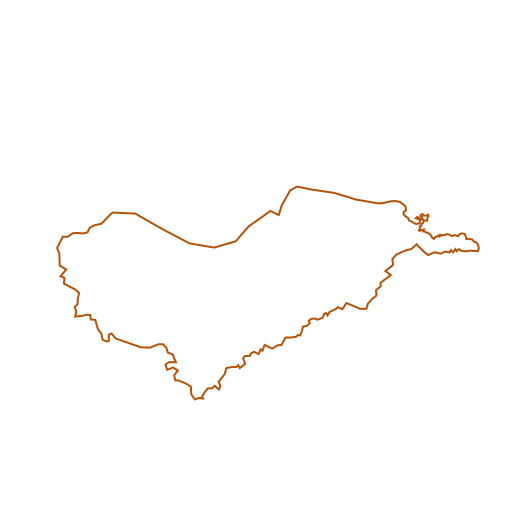 Foya, Lofa, Liberia, rotated 230°
{"feature_id": "62588387B94896309973685", "entity_name": "Foya", "entity_type": "district", "adm_level": 2, "iso_a3": "LBR", "parent_name": "Liberia", "parent_adm1": "Lofa", "projection": "orthographic", "projection_center": [-10.242, 8.34], "detail": "fine", "context": "isolated", "style": "outline", "palette": "amber", "viewbox_px": 512, "rotation_deg": 230, "n_neighbors": 0, "source": "geoboundaries", "source_scale": "gbopen_adm2", "svg_char_len": 3737}
<svg xmlns="http://www.w3.org/2000/svg" viewBox="0 0 512 512"><g transform="rotate(230 256 256)"><path d="M117.0,429.1L118.8,431.8L122.2,433.4L125.1,433.4L126.9,432.2L129.9,432.2L131.4,430.7L132.6,429.7L133.7,428.0L136.6,429.4L138.6,430.1L140.9,428.4L141.9,426.0L141.8,425.8L141.3,423.5L143.3,422.3L144.2,421.7L145.3,418.9L148.0,417.9L150.1,416.3L150.7,413.8L152.1,412.6L152.5,410.8L153.8,410.7L153.1,409.1L154.6,408.8L154.3,407.6L155.3,405.7L154.7,403.2L156.2,402.9L157.0,402.8L160.5,403.3L163.5,402.6L164.4,401.5L166.3,401.0L167.3,400.0L168.3,401.6L169.5,399.4L170.1,397.4L170.9,397.3L172.1,400.0L173.5,400.6L173.0,402.3L174.4,403.5L174.0,405.0L175.0,407.1L174.3,408.7L173.1,409.6L175.0,412.1L176.0,414.0L176.9,414.4L177.0,414.0L177.6,412.3L179.5,410.0L181.0,410.6L181.7,408.4L180.9,407.6L178.4,407.9L176.8,407.5L177.9,405.6L180.2,405.4L182.2,404.7L182.2,402.8L178.9,404.6L177.7,404.5L176.0,402.0L177.6,399.2L180.5,397.9L181.9,397.5L184.4,396.3L185.0,396.0L187.0,396.9L191.2,395.9L193.2,395.9L194.9,397.5L194.4,400.0L196.7,401.7L197.3,402.0L198.3,402.4L200.8,402.0L204.9,400.9L208.0,398.7L208.6,397.9L210.7,395.3L210.9,395.0L212.4,392.2L214.8,387.5L217.4,383.8L217.5,383.6L219.7,381.8L229.0,374.0L235.0,368.8L240.4,365.4L254.0,356.5L256.6,354.2L264.1,347.6L272.2,340.4L273.7,339.3L278.3,335.6L282.8,332.0L284.3,324.3L278.8,309.9L278.2,308.2L275.1,303.4L272.8,299.8L281.2,296.0L281.8,289.1L281.9,286.9L282.4,281.1L283.3,270.6L283.4,269.2L282.2,261.7L280.3,250.1L280.7,248.9L281.3,247.6L285.1,239.1L287.4,233.7L289.1,229.9L289.3,229.4L300.7,219.7L306.5,214.8L307.7,213.7L308.3,213.2L318.4,209.1L328.8,204.8L340.9,200.0L342.5,199.4L360.3,192.9L361.1,192.6L366.0,190.9L375.1,181.0L381.4,174.2L381.4,171.3L380.8,165.4L380.0,158.6L383.5,151.6L384.5,146.6L382.4,142.1L384.5,138.0L389.1,133.3L391.2,130.4L391.7,124.0L395.0,120.5L390.0,108.8L384.3,106.9L374.8,99.5L368.5,101.7L367.7,101.9L366.1,93.3L362.3,95.2L358.4,91.1L352.0,93.7L346.5,96.0L341.4,96.7L337.4,91.6L335.2,89.6L333.7,88.1L333.5,84.4L328.8,82.5L325.8,78.6L321.9,84.2L320.0,88.4L317.4,91.0L314.8,89.4L313.5,88.7L310.4,91.9L302.1,88.0L300.9,87.9L295.8,87.6L290.7,84.7L286.3,86.7L285.6,88.7L290.4,92.7L289.5,95.5L283.0,95.5L277.4,98.8L271.0,102.6L260.2,109.0L254.0,115.8L251.2,124.3L248.3,127.9L243.5,128.4L238.7,126.4L234.1,128.9L230.2,127.6L226.1,126.3L230.7,121.0L231.0,116.8L225.9,114.8L223.9,120.8L218.5,122.5L217.3,116.7L212.8,114.3L210.5,116.5L210.2,116.8L205.1,119.5L201.5,121.0L197.5,122.1L194.0,119.2L191.9,117.7L188.1,117.1L185.3,117.1L183.9,121.2L180.9,123.8L183.0,124.6L184.7,129.2L185.5,134.2L184.6,135.2L183.0,136.9L183.0,141.0L177.6,141.7L179.6,145.4L183.6,146.4L184.5,150.5L185.6,155.9L187.6,159.0L189.2,161.4L186.4,166.1L183.6,169.6L183.8,172.2L180.5,171.5L180.4,178.4L185.9,180.4L186.5,183.2L183.4,187.2L184.0,188.2L184.6,189.1L184.0,192.9L179.2,194.9L181.5,199.4L179.3,200.0L182.3,205.4L174.7,208.9L173.7,215.2L171.5,218.2L173.7,224.0L174.6,226.2L173.2,227.9L171.3,230.0L168.4,234.7L168.4,237.5L166.7,238.8L169.4,243.5L171.7,246.4L169.8,250.2L169.9,254.1L172.5,254.8L172.4,256.4L172.4,257.9L169.6,261.6L167.8,261.9L165.8,267.3L167.8,271.0L167.2,272.9L164.5,272.6L165.8,276.2L164.0,283.8L164.3,285.7L159.7,288.0L159.9,288.8L161.9,295.0L154.1,299.1L148.7,301.7L144.6,306.7L147.6,311.1L148.0,314.0L148.4,317.2L148.3,322.9L152.6,325.9L152.6,332.0L155.3,333.9L155.2,340.2L155.0,342.0L154.7,347.0L161.3,345.5L161.1,355.3L166.0,358.5L166.9,364.5L165.5,369.9L164.1,374.1L161.5,379.6L161.7,386.6L160.8,386.6L152.1,387.3L146.1,388.4L144.3,394.4L144.1,395.2L139.1,399.0L137.8,403.8L134.3,406.5L135.2,409.2L132.1,409.4L133.1,413.2L130.7,412.8L130.7,416.0L128.0,416.6L124.8,419.6L122.1,424.0L120.3,425.6L117.0,429.1Z" fill="none" stroke="#b45309" stroke-width="2"/></g></svg>